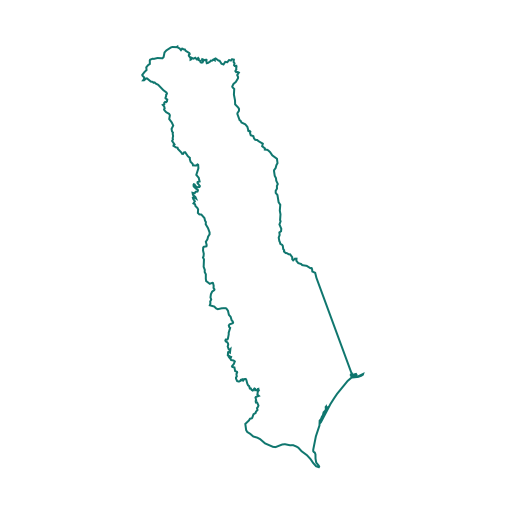 Zarumilla, Tumbes, Peru (Robinson projection), rotated 174°
{"feature_id": "86281439B62474480123859", "entity_name": "Zarumilla", "entity_type": "district", "adm_level": 2, "iso_a3": "PER", "parent_name": "Peru", "parent_adm1": "Tumbes", "projection": "robinson", "projection_center": [-80.243, -3.654], "detail": "fine", "context": "isolated", "style": "outline", "palette": "teal", "viewbox_px": 512, "rotation_deg": 174, "n_neighbors": 0, "source": "geoboundaries", "source_scale": "gbopen_adm2", "svg_char_len": 6108}
<svg xmlns="http://www.w3.org/2000/svg" viewBox="0 0 512 512"><g transform="rotate(174 256 256)"><path d="M312.3,472.5L313.3,472.0L317.3,472.6L318.8,472.3L323.7,469.8L325.7,468.0L327.1,463.5L328.4,462.4L333.3,463.2L337.0,462.7L338.1,463.0L340.8,462.3L341.2,461.6L341.5,458.1L343.5,457.0L345.4,455.1L345.4,452.4L347.7,450.6L350.2,448.0L350.1,447.3L348.5,445.2L348.9,443.6L349.9,442.5L349.1,442.4L346.5,444.1L345.8,444.0L342.3,440.4L340.6,440.0L339.8,439.0L338.7,439.2L337.6,437.9L335.4,436.5L330.8,430.6L327.9,427.9L327.6,426.7L328.6,425.6L328.6,424.6L329.5,422.8L329.5,422.2L327.9,420.9L328.4,419.1L329.2,418.4L330.2,418.8L331.2,418.0L331.3,416.6L332.9,416.0L331.7,414.4L331.4,412.4L332.1,411.5L331.9,410.6L330.3,408.4L327.6,406.5L327.1,405.5L327.0,404.7L328.0,401.3L325.8,397.6L324.7,394.4L326.7,391.2L326.5,388.7L325.7,387.4L326.1,386.2L325.9,384.0L326.6,381.8L326.4,380.7L327.4,379.2L325.4,375.5L326.4,374.9L326.6,374.2L324.1,372.3L322.7,371.9L322.4,370.5L319.4,366.7L318.9,365.4L317.9,365.1L316.7,366.6L315.6,366.6L313.3,362.3L311.5,360.5L311.7,359.2L311.2,356.5L309.4,354.3L309.2,352.7L306.0,352.2L304.6,353.2L304.0,352.7L304.1,349.3L306.9,342.9L304.8,339.8L304.3,336.0L306.3,335.7L306.6,334.8L304.5,331.4L305.1,330.5L307.4,330.6L308.3,331.2L309.7,333.6L310.3,333.9L310.7,333.3L310.7,331.7L308.6,329.2L307.0,328.0L306.9,327.2L307.5,326.2L309.3,326.2L310.5,324.8L312.5,325.5L312.3,323.4L310.1,321.0L309.6,319.4L311.9,321.1L312.7,320.7L312.5,319.4L311.1,316.8L312.7,314.8L311.2,313.8L311.0,312.0L309.3,309.9L308.7,308.4L309.3,304.9L308.0,303.3L306.0,302.9L303.3,299.1L303.0,296.5L302.3,295.0L302.7,292.8L300.8,288.7L299.7,284.3L299.9,282.4L301.6,280.3L302.6,277.6L304.4,275.4L303.9,272.0L304.3,270.8L307.0,270.6L307.6,270.0L308.1,267.0L307.7,263.7L308.2,261.2L308.9,260.1L308.1,258.1L309.2,250.7L308.4,247.6L308.7,245.4L307.8,243.1L308.3,238.6L308.2,236.3L304.9,233.2L302.1,233.9L301.6,233.6L301.2,230.8L301.6,228.7L300.8,227.2L301.1,226.4L303.3,225.2L304.8,222.8L305.6,219.6L305.1,217.4L306.3,215.5L306.3,213.7L307.1,211.8L302.8,210.1L301.1,208.0L299.6,207.1L295.4,207.6L291.8,207.3L291.0,206.9L289.6,204.5L289.1,200.3L287.6,198.2L286.9,194.5L286.1,193.6L285.7,192.3L286.1,191.6L289.4,190.8L290.3,189.8L290.1,188.2L289.2,187.2L291.2,182.5L291.3,181.0L292.6,176.7L293.2,175.9L294.8,176.1L295.3,175.1L295.0,174.2L293.6,173.2L293.0,172.0L292.9,170.7L293.6,169.0L292.9,166.1L292.1,165.4L291.2,166.1L292.0,162.6L293.1,163.5L293.8,163.3L294.4,160.3L293.5,159.7L293.8,158.9L293.2,157.9L292.5,158.9L291.3,158.2L292.2,156.5L291.6,155.1L289.2,154.4L288.1,153.4L289.3,151.0L291.4,148.9L291.1,148.1L289.1,147.4L288.8,143.8L287.0,142.8L286.9,142.1L287.8,140.7L287.7,138.2L288.6,137.3L288.7,136.2L287.8,133.5L286.1,132.9L284.7,133.4L284.1,134.3L283.1,133.8L282.5,134.9L282.0,134.8L281.6,133.7L280.5,134.8L279.1,134.8L278.6,133.8L278.0,130.0L277.4,128.2L276.4,127.3L276.0,124.9L275.1,124.9L274.3,123.2L273.3,122.5L271.4,124.4L270.8,124.0L270.8,122.6L269.3,122.6L268.9,122.0L268.2,123.5L267.6,123.6L267.7,122.8L267.2,122.2L268.4,120.8L269.1,118.0L267.8,116.6L270.9,115.8L271.3,115.3L270.9,112.4L271.5,111.8L271.4,110.3L270.2,110.2L269.2,107.1L269.7,105.9L270.9,104.6L270.6,102.7L272.3,101.2L272.8,99.9L275.0,98.9L276.7,95.4L277.2,95.0L279.0,94.8L280.2,93.2L284.2,90.1L284.0,83.9L283.1,81.9L280.3,79.7L277.6,76.8L273.7,75.2L271.0,73.4L266.6,68.7L259.0,64.4L256.5,63.9L249.6,65.8L246.9,65.8L241.9,64.2L238.9,64.0L235.6,62.2L233.9,60.9L231.1,57.1L226.1,52.5L223.0,48.3L220.8,44.2L218.2,40.6L215.6,39.4L215.2,39.9L215.5,40.9L217.7,44.2L218.0,48.1L217.6,52.5L218.1,54.4L219.0,55.0L219.5,56.0L219.3,57.5L215.3,70.4L210.6,80.8L209.9,85.6L208.4,87.0L207.1,89.6L206.3,90.1L205.1,93.5L203.0,95.2L202.5,96.7L202.5,98.5L202.1,98.9L202.1,97.3L200.8,97.9L200.8,97.6L203.2,93.9L204.0,93.7L204.9,92.6L205.7,90.2L209.7,84.7L210.1,82.8L208.9,83.8L197.3,101.2L192.9,106.7L189.7,110.5L178.0,122.1L173.7,125.1L167.1,125.1L163.8,125.9L162.1,126.8L161.8,127.5L167.4,125.5L170.5,126.1L168.5,127.4L168.8,128.1L169.4,128.1L171.1,126.7L171.6,126.8L170.6,128.0L171.9,127.8L172.6,128.4L172.4,127.4L173.5,126.7L173.9,126.9L173.5,127.9L174.7,127.2L173.2,129.2L198.2,228.0L198.9,233.1L201.6,234.7L201.6,237.0L202.0,238.2L203.2,238.2L206.6,240.9L211.0,242.1L211.9,243.3L214.7,244.5L216.4,247.1L216.0,249.1L217.5,249.3L219.5,247.8L220.3,249.0L220.1,251.0L221.9,254.1L223.1,254.2L225.2,255.7L226.1,255.8L227.7,257.5L227.4,258.8L228.2,260.0L228.3,263.3L228.8,264.3L230.6,265.6L230.7,267.1L231.2,268.2L231.5,271.9L230.3,274.4L230.3,277.0L228.5,278.0L228.0,280.4L229.4,284.9L227.9,288.0L228.3,289.2L227.3,294.9L227.6,298.6L226.5,304.4L227.9,307.1L228.3,314.4L229.8,316.7L229.6,318.8L228.1,320.8L227.9,323.5L226.8,325.3L228.0,328.8L228.0,331.3L229.0,333.8L229.2,338.5L229.1,339.4L227.3,341.4L226.2,344.3L224.9,346.1L225.0,350.5L229.3,354.4L231.1,357.8L232.6,359.5L233.6,360.4L236.1,360.9L235.9,362.1L238.4,364.5L237.5,367.0L241.6,370.0L242.6,371.2L244.6,371.6L245.7,373.2L246.1,375.5L248.6,376.6L249.1,379.0L248.6,380.2L249.2,381.0L250.1,380.9L250.7,381.4L250.5,382.0L251.1,385.4L252.9,388.1L256.5,390.3L257.2,392.1L258.1,392.8L259.7,399.3L259.4,400.2L257.8,402.1L257.5,404.0L258.1,405.4L260.9,409.0L260.6,413.0L261.1,418.8L260.2,424.4L261.7,426.2L261.9,427.1L260.4,429.5L257.9,431.2L255.4,434.5L255.1,435.8L255.8,437.9L253.9,440.2L255.0,440.9L256.5,440.9L257.2,442.1L256.0,443.8L256.1,445.2L255.6,446.1L255.7,447.2L257.3,447.2L257.9,448.1L257.2,449.9L258.0,451.3L257.5,453.6L259.3,454.2L260.5,453.0L262.3,453.7L264.3,451.7L266.3,452.3L268.3,449.9L270.2,450.8L271.8,454.0L272.8,454.2L275.5,456.7L276.7,456.3L276.6,454.9L278.1,455.7L279.4,454.8L280.6,455.0L281.2,454.2L283.7,453.0L284.8,452.9L285.0,454.7L284.7,456.2L285.1,456.5L286.3,456.0L288.9,457.4L289.3,456.6L288.3,455.1L288.9,454.1L290.0,454.0L290.8,454.4L291.3,456.1L292.7,456.9L292.3,458.2L292.8,459.0L294.4,457.8L295.7,459.5L297.5,458.8L299.6,460.0L299.8,458.4L300.6,458.1L300.4,459.7L301.9,462.2L301.7,463.1L300.8,463.8L301.1,464.8L304.6,467.5L305.1,468.8L306.5,469.1L307.4,469.9L307.8,470.0L309.1,468.6L310.2,470.3L312.3,471.8L312.3,472.5Z" fill="none" stroke="#0f766e" stroke-width="2"/></g></svg>